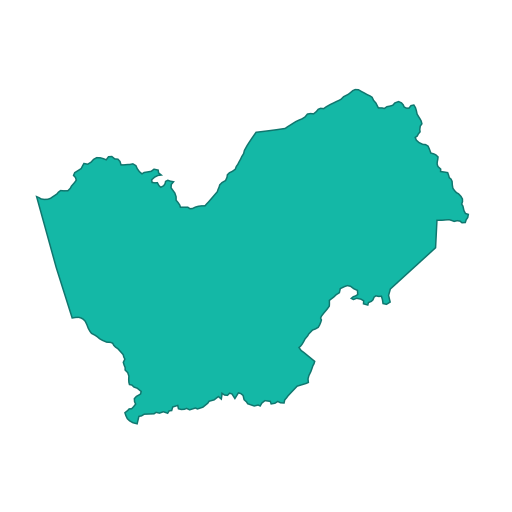 Epitaciolândia, Acre, Brazil (Robinson projection), rotated 86°
{"feature_id": "56859067B4079075942971", "entity_name": "Epitaciolândia", "entity_type": "district", "adm_level": 2, "iso_a3": "BRA", "parent_name": "Brazil", "parent_adm1": "Acre", "projection": "robinson", "projection_center": [-68.621, -10.879], "detail": "fine", "context": "isolated", "style": "filled", "palette": "teal", "viewbox_px": 512, "rotation_deg": 86, "n_neighbors": 0, "source": "geoboundaries", "source_scale": "gbopen_adm2", "svg_char_len": 4874}
<svg xmlns="http://www.w3.org/2000/svg" viewBox="0 0 512 512"><g transform="rotate(86 256 256)"><path d="M157.5,369.5L155.5,372.4L155.9,375.3L155.8,378.1L155.9,381.7L155.7,384.3L152.2,385.1L149.8,387.0L149.3,390.1L146.7,392.9L146.7,396.2L149.6,398.7L148.3,401.4L147.2,404.4L146.8,408.1L148.3,411.3L150.9,414.0L152.7,417.5L151.7,421.2L153.8,422.6L156.6,424.3L158.5,427.8L160.2,431.0L162.9,432.4L165.1,430.6L167.8,430.0L170.1,431.9L171.7,433.5L173.5,435.3L175.5,436.5L177.8,439.1L177.6,443.1L177.1,446.4L178.6,448.7L180.2,450.2L181.5,452.4L182.6,454.4L184.1,456.9L184.9,459.7L184.8,463.2L184.1,466.4L182.8,468.2L181.5,470.7L253.5,456.1L305.0,443.7L304.7,440.3L304.8,437.1L305.7,434.7L307.1,432.7L309.2,430.9L312.7,429.5L316.6,428.3L319.7,426.8L321.7,425.5L323.8,422.1L325.6,419.8L327.6,417.8L329.4,415.1L331.5,411.0L332.0,407.2L333.0,405.1L335.2,404.1L337.1,402.5L338.8,400.3L341.6,398.1L345.1,395.4L347.6,394.9L349.7,394.0L352.8,395.8L355.8,395.1L358.2,394.3L360.6,394.5L363.4,392.1L366.9,391.2L370.3,391.6L373.2,391.6L375.4,391.2L376.0,388.9L378.2,386.9L379.6,383.7L381.5,381.7L383.1,380.0L385.6,380.8L386.7,382.9L387.7,385.1L389.8,387.3L392.8,387.3L395.3,386.4L397.8,388.6L399.7,390.7L399.7,393.2L401.2,394.8L403.2,397.7L406.3,396.9L409.3,395.7L411.6,393.6L413.7,390.5L415.1,386.3L407.8,384.0L407.5,381.4L406.0,378.5L406.3,368.7L405.0,366.6L406.0,363.2L404.9,359.3L406.7,355.1L404.4,353.4L404.3,350.9L400.8,349.6L399.6,344.5L403.0,344.0L403.9,341.2L403.9,338.2L403.2,335.9L404.8,332.9L403.4,327.0L404.5,325.1L403.1,319.5L399.5,314.4L397.6,312.9L396.6,307.8L395.1,305.6L393.6,303.3L396.3,300.6L392.7,299.8L390.6,299.5L392.5,297.1L393.0,294.2L391.0,291.9L391.9,289.6L396.7,287.0L391.3,283.1L392.2,280.7L394.2,278.6L398.5,277.9L400.9,275.6L402.8,274.6L405.5,268.2L404.8,264.3L405.9,262.3L403.2,260.5L400.9,257.2L402.0,251.9L404.6,251.2L404.2,247.4L402.6,244.4L404.1,241.9L404.6,238.3L401.6,237.4L399.5,235.3L397.7,233.8L393.7,229.5L388.7,224.0L386.6,214.8L385.8,212.6L382.2,212.7L379.0,211.6L375.0,209.3L371.8,207.9L369.4,206.9L367.6,205.7L365.2,204.8L355.4,215.2L353.4,217.6L350.3,219.5L348.9,217.7L347.1,216.1L344.5,214.3L342.2,212.9L339.2,210.0L337.4,208.8L335.8,207.0L333.8,204.8L332.9,201.8L331.5,198.9L329.3,197.4L326.7,196.1L324.4,195.2L322.4,195.9L320.4,194.8L317.4,192.1L313.8,188.6L311.1,186.4L308.9,186.1L305.4,185.9L302.3,181.2L300.2,178.7L298.4,175.4L294.4,174.2L292.6,169.6L291.9,166.9L292.8,163.8L295.5,160.7L297.4,157.2L301.5,157.2L302.8,159.5L303.4,161.8L304.9,163.9L306.2,161.9L305.2,158.6L306.3,154.5L308.2,151.7L311.2,152.1L312.7,147.9L310.3,147.1L309.3,144.1L307.9,142.4L305.3,141.1L304.1,139.2L304.9,136.4L304.9,133.7L308.5,132.9L312.3,132.6L313.3,129.2L311.3,125.4L307.0,126.1L304.5,126.5L298.3,124.3L287.6,110.8L286.0,108.8L260.3,76.3L233.0,73.0L233.3,67.5L233.2,63.7L233.3,60.6L234.1,58.5L235.3,55.9L234.8,52.9L235.4,50.1L237.2,48.2L237.2,44.9L234.5,43.8L232.4,42.1L229.3,41.3L228.2,44.1L225.2,45.4L220.7,46.1L218.6,47.2L216.1,46.2L213.5,46.1L210.8,47.4L208.1,49.6L206.8,51.6L204.6,53.4L202.1,54.9L198.8,55.2L195.2,55.2L192.9,56.1L191.4,57.7L188.6,58.3L186.2,59.0L185.4,62.2L184.6,66.0L182.2,65.7L179.4,68.3L176.9,68.9L174.7,68.6L172.5,68.0L169.9,67.5L167.7,69.5L166.5,71.6L165.5,74.4L161.4,75.6L158.4,76.7L156.7,79.1L156.3,81.8L154.2,85.5L151.6,88.0L148.8,88.9L147.7,86.9L145.6,85.6L143.6,83.7L141.2,83.8L137.9,83.1L135.7,81.3L132.9,81.8L130.7,82.8L128.1,84.2L125.7,85.4L122.2,85.9L119.1,86.6L116.4,88.0L116.8,90.9L119.2,93.1L119.0,95.6L117.7,97.8L115.5,98.6L113.4,100.2L111.9,103.0L113.0,106.8L115.2,109.1L115.8,111.8L116.2,115.0L117.8,117.7L117.1,119.9L116.8,123.6L114.0,124.8L111.8,125.7L108.9,127.9L105.8,129.1L104.2,131.2L102.8,133.8L100.8,136.8L99.3,139.3L97.3,142.2L96.9,145.4L97.8,147.9L99.7,150.5L101.1,152.6L102.1,154.9L103.2,157.5L105.5,160.1L106.5,162.2L107.5,165.0L108.8,168.1L110.0,171.2L112.1,175.6L113.7,178.2L113.2,181.3L114.0,183.7L116.1,185.7L118.2,188.6L117.7,191.8L118.0,194.8L120.8,197.5L122.5,200.7L123.3,203.3L124.7,206.9L129.4,215.7L130.8,218.0L131.5,227.1L132.1,237.3L132.6,247.3L138.4,252.0L142.3,255.0L145.4,257.3L149.9,260.2L153.0,261.2L155.9,263.3L158.3,264.6L161.2,266.5L163.4,267.8L165.3,269.4L168.0,270.6L169.9,273.7L171.1,276.7L173.0,278.9L175.4,279.4L178.6,281.1L180.4,284.8L182.5,287.2L184.7,288.0L187.2,289.3L189.2,290.1L198.8,299.6L200.6,301.6L202.4,303.4L202.2,306.9L202.4,310.1L203.0,313.0L204.2,316.0L204.2,318.6L202.6,320.6L202.3,324.5L202.1,328.0L199.9,328.5L197.3,330.0L194.8,331.8L191.3,331.6L187.5,332.6L184.3,334.6L182.0,336.0L178.7,335.5L176.2,333.1L175.3,336.5L174.3,338.7L175.3,341.0L177.4,341.6L179.5,343.2L180.8,346.2L179.0,347.9L176.0,349.3L176.0,351.7L175.4,354.5L172.7,354.8L170.3,351.7L168.8,348.2L168.6,344.9L166.3,347.4L163.5,347.6L162.3,351.7L164.2,354.6L164.6,358.5L164.9,361.8L166.1,364.0L163.8,366.4L160.6,368.4L157.5,369.5Z" fill="#14b8a6" stroke="#0f766e" stroke-width="1.5"/></g></svg>